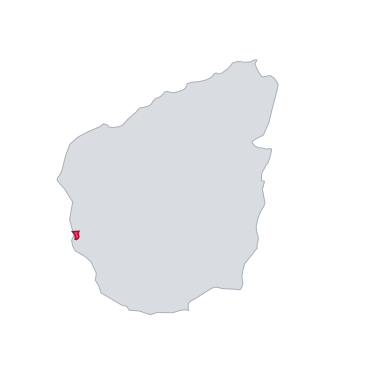 location of Ciudad del Plata, San José, Uruguay, rotated 57°
{"feature_id": "84410073B44355686376037", "entity_name": "Ciudad del Plata", "entity_type": "district", "adm_level": 2, "iso_a3": "URY", "parent_name": "Uruguay", "parent_adm1": "San José", "projection": "equal_earth", "projection_center": [-56.41, -34.718], "detail": "fine", "context": "in_parent", "style": "filled", "palette": "rose", "viewbox_px": 384, "rotation_deg": 57, "n_neighbors": 0, "source": "geoboundaries", "source_scale": "gbopen_adm2", "svg_char_len": 2982}
<svg xmlns="http://www.w3.org/2000/svg" viewBox="0 0 384 384"><g transform="rotate(57 192 192)"><path d="M289.5,259.3L287.5,261.3L285.3,265.1L282.7,274.1L274.1,286.6L272.4,293.6L263.2,300.9L256.7,309.2L252.5,309.0L248.7,312.5L227.0,323.2L219.2,321.2L213.5,321.2L208.1,316.5L195.9,314.8L188.2,316.7L177.9,321.9L174.9,321.8L172.6,321.5L167.1,319.4L164.0,314.8L148.2,309.5L135.4,297.5L120.3,297.2L108.8,298.8L107.0,297.2L105.8,294.1L103.4,289.7L93.4,279.0L85.4,268.5L83.8,258.0L84.8,246.7L87.1,233.3L86.6,229.0L89.5,226.6L92.4,226.2L95.1,222.7L97.6,217.4L98.0,213.4L96.0,206.0L94.6,195.7L93.0,190.5L96.1,182.4L96.2,178.4L94.4,174.9L93.8,171.3L94.7,167.7L94.5,164.1L93.3,160.7L94.1,157.9L97.1,155.7L99.2,152.3L100.7,147.7L101.4,144.2L101.4,141.7L100.5,139.4L98.7,137.3L99.5,133.0L103.0,126.6L105.2,120.9L106.2,115.9L106.1,111.9L104.9,108.8L105.4,106.8L107.5,105.7L108.5,102.4L108.1,94.4L105.9,87.7L107.5,82.5L112.4,76.4L114.9,71.5L115.1,67.7L116.6,65.6L119.0,69.6L126.0,70.7L133.0,70.8L134.1,69.8L136.8,63.2L140.4,61.3L144.4,60.8L148.7,61.1L153.3,65.5L166.3,79.9L175.8,89.8L178.7,94.5L181.2,98.0L183.1,101.3L182.3,109.7L182.4,113.5L182.8,114.5L185.0,114.6L188.2,114.0L190.9,112.2L193.1,109.5L195.1,107.3L196.8,106.1L197.4,104.3L198.4,102.4L199.4,102.0L201.3,103.4L205.7,108.2L209.1,112.7L209.9,115.3L211.3,118.0L212.7,120.3L213.7,122.6L217.0,125.5L220.4,127.4L222.6,125.5L228.3,131.6L241.0,136.8L243.3,139.9L245.4,144.3L249.8,150.9L255.9,157.0L260.8,159.5L265.5,160.9L268.1,162.3L269.9,164.6L272.8,167.0L274.6,167.9L275.2,170.2L277.0,175.0L278.9,181.1L280.9,186.8L285.5,192.2L290.6,196.5L295.9,198.9L298.9,201.8L300.2,204.9L296.5,209.5L292.5,215.2L289.0,219.7L285.4,222.9L284.2,225.1L283.4,228.4L283.2,246.2L282.8,252.8L283.1,254.6L283.6,255.8L285.8,257.5L288.5,259.0L289.5,259.3Z" fill="#d9dde1" stroke="#a8b0b8" stroke-width="1"/><path d="M163.4,308.2L160.1,313.9L160.3,313.9L160.5,313.9L160.8,313.8L160.9,313.7L161.1,313.7L161.4,313.6L161.6,313.5L161.8,313.5L162.4,313.4L162.9,313.4L163.1,313.4L163.3,313.5L163.5,313.5L163.9,313.5L164.1,313.6L164.3,313.5L164.5,313.6L164.8,313.7L165.0,313.8L165.3,314.0L165.5,314.1L165.7,314.3L165.8,314.3L166.0,314.5L166.3,314.6L166.5,314.6L166.8,314.7L166.9,314.8L167.0,314.8L167.3,314.8L167.5,315.2L167.9,315.2L168.0,315.2L168.3,315.1L168.3,315.3L168.4,315.2L168.5,315.2L168.8,315.0L168.8,314.9L168.9,314.7L168.8,314.4L168.7,314.3L168.7,314.2L168.7,313.9L168.8,313.8L168.9,313.7L168.9,313.4L168.9,313.2L168.8,312.9L168.7,312.9L168.7,312.7L168.6,312.4L168.5,312.2L168.4,312.2L168.3,311.9L168.2,311.8L168.1,311.7L168.0,311.4L167.9,311.4L167.7,311.2L167.4,311.0L167.2,311.0L167.1,310.9L166.9,310.9L166.7,310.8L166.5,310.7L166.3,310.7L166.2,310.8L165.9,310.8L165.7,310.8L165.7,310.7L165.6,310.4L165.4,310.3L165.3,310.2L165.2,310.2L164.9,310.2L164.7,310.2L164.4,310.0L164.4,309.9L164.4,309.7L164.4,309.4L164.2,309.2L163.9,309.1L163.8,308.9L163.7,308.8L163.6,308.7L163.5,308.4L163.4,308.2Z" fill="#f43f5e" stroke="#9f1239" stroke-width="1.5"/></g></svg>